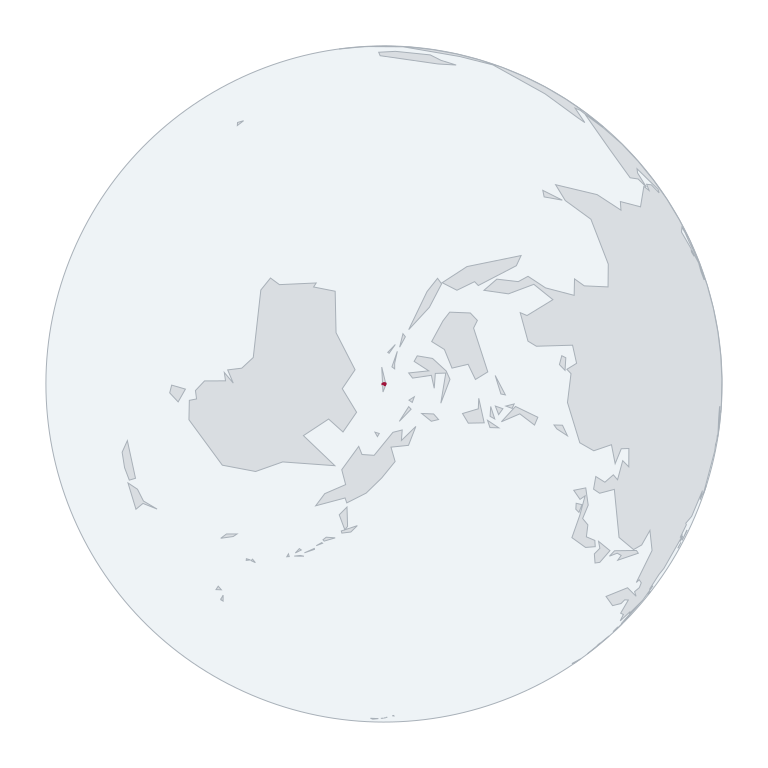 Manatuto highlighted on a globe, orthographic projection, rotated 113°
{"feature_id": "TLS-550", "entity_name": "Manatuto", "entity_type": "District", "adm_level": 1, "iso_a3": "TLS", "parent_name": "East Timor", "parent_adm1": "", "projection": "orthographic", "projection_center": [126.0, -8.769], "detail": "fine", "context": "on_globe", "style": "filled", "palette": "rose", "viewbox_px": 768, "rotation_deg": 113, "n_neighbors": 0, "source": "natural_earth", "source_scale": "10m", "svg_char_len": 7272}
<svg xmlns="http://www.w3.org/2000/svg" viewBox="0 0 768 768"><g transform="rotate(113 384 384)"><circle cx="384" cy="384" r="338" fill="#eef3f6" stroke="#a8b0b8"/><path d="M646.7,447.3L646.4,449.9L646.0,450.1L646.7,447.3ZM564.4,98.3L567.0,100.0L567.9,101.8L560.3,95.7L564.4,98.3ZM553.0,91.4L551.1,90.5L544.3,86.6L538.9,84.1L531.0,80.0L527.9,78.3L553.0,91.4ZM520.9,75.1L520.1,74.7L511.1,71.0L513.1,71.7L520.9,75.1ZM697.0,265.9L694.2,258.4L696.9,263.4L697.0,265.9ZM691.8,253.7L693.0,256.3L691.9,254.1L691.8,253.7ZM690.6,252.1L691.5,253.3L690.8,252.7L690.6,252.1ZM689.3,250.9L689.9,251.2L689.9,251.5L689.3,250.9ZM686.2,246.8L685.3,245.5L685.7,245.1L686.2,246.8ZM539.6,84.5L541.6,85.7L538.0,84.0L539.6,84.5ZM522.5,76.4L516.1,73.8L522.0,76.0L522.5,76.4ZM512.0,72.0L496.5,66.8L499.6,68.6L482.1,61.4L501.1,67.7L507.7,69.8L507.4,70.0L512.0,72.0ZM474.9,58.8L470.6,57.6L474.4,58.6L474.9,58.8ZM269.4,66.1L269.7,66.0L274.0,64.5L277.4,63.3L278.1,63.1L277.7,63.8L280.9,62.7L282.3,62.0L289.5,59.6L302.2,56.2L301.4,56.6L296.7,57.8L285.6,61.9L273.2,66.2L274.2,66.1L284.7,62.6L298.2,57.5L306.1,55.4L300.8,57.2L303.4,56.3L307.0,55.5L309.8,55.3L316.2,53.4L357.4,47.5L367.0,47.8L357.7,49.2L385.6,49.1L394.2,51.8L395.5,50.7L409.7,51.4L407.2,50.5L408.9,50.2L444.3,54.3L452.0,56.5L468.6,59.3L469.3,59.1L464.6,57.5L482.1,61.4L499.6,68.6L497.3,68.5L509.8,74.0L502.6,73.6L502.5,76.6L487.4,74.7L488.6,78.1L493.4,80.0L498.7,87.0L492.8,96.6L476.4,80.2L480.9,69.0L477.2,72.2L471.7,69.4L466.5,69.5L464.5,72.6L468.1,74.2L432.5,72.2L414.9,82.0L431.5,83.9L438.9,89.6L433.4,107.7L391.0,130.8L400.3,142.8L398.9,150.0L386.4,152.9L388.1,142.3L378.0,137.4L380.9,131.6L361.3,134.3L364.6,126.3L347.7,133.4L350.9,140.3L367.0,140.1L351.0,150.9L363.5,164.8L361.6,180.8L329.3,207.9L301.4,215.9L299.0,221.4L289.7,214.8L274.6,225.6L289.7,258.5L288.3,268.2L265.1,286.5L265.1,279.1L240.4,261.5L233.7,285.0L252.4,304.7L258.7,328.6L243.4,321.1L237.3,300.4L228.6,293.5L232.4,272.9L228.1,243.6L212.8,249.7L215.4,238.0L207.1,215.7L186.0,224.4L151.5,257.9L144.3,288.8L133.5,303.9L126.4,261.8L131.4,233.8L123.7,237.7L120.7,217.1L100.6,222.0L102.3,215.6L97.5,220.3L96.2,215.7L100.6,205.4L97.7,207.9L87.0,235.2L90.7,233.0L100.2,219.5L96.0,230.2L98.0,238.0L79.3,268.8L57.1,304.4L62.6,281.9L70.2,258.7L79.8,236.9L90.9,215.9L103.4,195.7L117.4,176.4L132.6,158.2L149.1,141.1L166.8,125.1L185.5,110.5L205.3,97.2L225.9,85.3L247.3,75.0L269.4,66.1ZM61.7,282.3L56.6,305.9L55.4,310.2L55.4,315.9L64.9,301.3L63.3,309.2L54.0,349.0L47.7,408.4L53.0,442.4L60.2,473.1L66.1,498.1L75.6,520.9L80.1,531.7L87.0,545.1L93.2,556.2L81.9,535.4L72.0,513.9L63.7,491.8L57.0,469.1L51.8,446.0L48.3,422.6L46.4,399.0L46.2,375.4L47.6,351.7L50.7,328.3L55.4,305.1L61.7,282.3ZM123.3,171.0L127.9,169.5L139.5,154.1L142.3,152.6L145.3,148.4L140.4,153.1L149.6,141.7L156.6,136.2L163.1,130.0L161.8,130.4L147.6,142.7L134.2,158.4L127.3,165.7L123.3,171.0ZM196.5,616.1L203.4,620.0L200.5,621.0L196.5,616.1ZM68.3,459.3L83.3,515.8L80.7,518.5L73.3,503.4L63.0,470.0L63.8,458.0L62.2,442.2L68.3,459.3ZM343.2,389.0L353.7,391.3L353.4,392.9L343.2,389.0ZM332.2,382.8L344.0,384.0L330.3,386.2L332.2,382.8ZM348.7,384.5L360.7,382.3L365.9,380.1L365.1,383.4L348.7,384.5ZM324.3,382.5L282.1,380.5L265.8,376.0L269.3,370.1L295.7,372.2L324.3,382.5ZM268.0,370.0L243.5,353.5L212.2,308.0L223.4,308.4L256.5,335.7L254.4,340.6L269.2,353.5L268.0,370.0ZM328.6,341.9L326.3,356.7L302.8,354.4L292.2,351.6L284.9,332.3L289.0,322.9L297.5,323.4L332.3,293.2L344.1,301.6L333.0,314.3L342.8,327.6L328.6,341.9ZM145.1,291.7L149.2,309.7L143.7,313.5L145.1,291.7ZM347.5,272.5L332.7,285.0L346.6,268.0L347.5,272.5ZM356.4,256.5L356.7,263.2L351.5,256.4L356.4,256.5ZM297.6,230.1L288.5,231.4L288.8,226.9L300.7,222.7L297.6,230.1ZM360.0,194.9L357.8,207.3L355.3,211.5L352.2,203.6L360.0,194.9ZM352.4,47.8L358.7,47.1L360.7,47.1L359.5,47.2L352.4,47.8ZM358.0,47.1L357.9,47.1L352.8,47.6L352.1,47.6L358.0,47.1ZM567.9,575.9L572.0,580.9L562.4,590.1L549.1,598.4L536.4,598.1L567.9,575.9ZM468.0,579.0L466.3,564.8L480.9,566.5L475.9,577.8L468.0,579.0ZM577.2,569.8L585.7,559.7L587.8,544.0L588.1,559.2L596.2,563.4L575.1,581.0L577.2,569.8ZM410.7,514.7L345.6,534.1L330.8,529.9L333.4,519.1L317.5,485.9L322.2,486.7L317.7,465.2L355.5,448.2L382.2,416.2L404.6,420.6L420.7,398.2L444.2,403.0L437.9,421.3L463.0,438.0L478.4,397.3L495.3,446.8L514.7,468.0L521.9,501.1L493.1,549.6L475.1,556.8L471.0,550.7L463.7,555.0L451.3,550.4L443.0,531.1L435.8,535.5L442.1,523.1L432.1,533.4L425.0,521.1L410.7,514.7ZM579.5,460.7L583.3,463.2L589.8,474.0L583.6,470.4L579.5,460.7ZM637.0,453.3L638.9,458.3L634.9,457.6L637.0,453.3ZM646.0,450.1L641.2,449.6L646.7,447.3L646.0,450.1ZM598.1,438.2L600.2,441.9L598.6,442.4L598.1,438.2ZM596.6,436.6L598.7,432.6L598.5,437.3L596.6,436.6ZM577.7,405.6L579.9,403.8L581.0,406.0L577.7,405.6ZM369.3,392.7L383.7,382.0L391.8,381.8L369.3,392.7ZM574.2,399.6L568.6,397.6L569.1,395.3L574.2,399.6ZM574.5,394.0L573.8,390.4L577.5,399.4L574.5,394.0ZM563.4,383.4L570.5,391.3L562.6,383.9L563.4,383.4ZM559.3,383.2L554.3,379.3L554.6,378.3L559.3,383.2ZM504.1,375.3L522.8,399.3L508.1,395.7L491.6,380.0L479.4,389.4L451.3,382.9L457.5,376.7L453.5,365.2L425.0,356.9L419.2,349.3L429.2,345.9L410.6,338.1L430.9,337.5L439.4,352.9L451.0,343.5L471.4,349.4L491.4,357.8L508.0,371.8L504.1,375.3ZM431.4,369.0L435.0,369.5L431.9,373.5L431.4,369.0ZM544.7,368.8L552.0,377.7L551.2,379.3L547.6,377.3L544.7,368.8ZM511.7,370.0L529.3,361.9L533.5,363.1L521.9,374.1L511.7,370.0ZM524.8,353.2L533.2,356.7L537.7,364.5L536.0,365.9L524.8,353.2ZM389.9,350.8L389.1,354.7L383.9,351.1L389.9,350.8ZM396.6,349.2L412.4,355.3L395.2,352.4L396.6,349.2ZM349.8,331.4L354.2,340.9L368.3,336.1L357.5,343.8L367.4,360.0L364.2,365.6L354.4,348.0L351.4,365.1L345.1,364.4L341.5,349.3L347.7,331.9L353.9,325.1L379.5,324.2L349.8,331.4ZM396.4,337.8L392.2,326.6L395.4,319.9L399.8,325.9L396.4,337.8ZM380.5,300.2L370.0,287.5L360.1,291.2L380.6,276.6L387.1,291.1L380.5,300.2ZM372.3,273.7L363.0,277.0L372.9,268.4L372.3,273.7ZM360.8,272.9L360.3,264.9L367.4,266.5L360.8,272.9ZM377.0,274.5L379.5,261.2L382.7,269.4L377.0,274.5ZM358.4,247.3L372.9,261.2L353.3,254.2L354.5,229.4L363.0,229.4L358.4,247.3ZM418.7,160.5L417.7,154.6L426.0,154.4L424.3,158.5L418.7,160.5ZM452.0,151.0L427.9,152.5L408.4,155.2L413.6,158.5L407.7,167.8L400.8,157.7L415.7,148.7L430.2,148.6L434.0,141.3L445.6,138.0L445.6,128.8L451.2,126.0L455.7,134.6L452.0,151.0ZM445.0,125.0L449.1,110.9L463.9,115.7L466.3,119.8L458.2,124.0L450.9,121.1L445.0,125.0ZM454.4,109.2L447.4,106.6L438.6,86.6L440.4,83.8L454.9,100.0L449.1,98.7L448.6,103.2L454.4,109.2ZM471.1,57.9L470.7,57.7L473.8,58.6L471.1,57.9ZM407.2,49.7L410.0,49.4L413.5,50.1L407.2,49.7ZM419.7,49.4L413.7,48.8L420.4,49.2L419.7,49.4ZM400.4,47.8L411.5,48.4L400.4,48.2L400.4,47.8Z" fill="#d9dde1" stroke="#a8b0b8" stroke-width="1"/><path d="M384.8,385.4L384.7,385.4L384.3,385.7L384.2,385.5L383.9,385.3L383.7,385.2L383.5,384.9L383.2,384.8L383.1,384.7L382.9,384.5L382.8,384.3L382.9,383.9L382.8,383.6L382.7,383.4L382.6,383.1L382.6,382.9L382.8,382.9L382.9,382.7L383.0,382.6L383.0,382.4L383.4,382.3L384.0,382.4L384.2,382.5L384.4,382.5L384.5,382.5L384.8,382.4L384.9,382.5L385.0,382.6L385.0,382.8L385.0,383.1L385.0,383.3L384.9,383.4L384.8,383.5L384.6,383.4L384.5,383.5L384.4,383.9L384.2,384.0L384.3,384.4L384.5,384.6L384.5,384.8L384.5,385.0L384.8,385.4L384.8,385.4Z" fill="#f43f5e" stroke="#9f1239" stroke-width="1.5"/></g></svg>